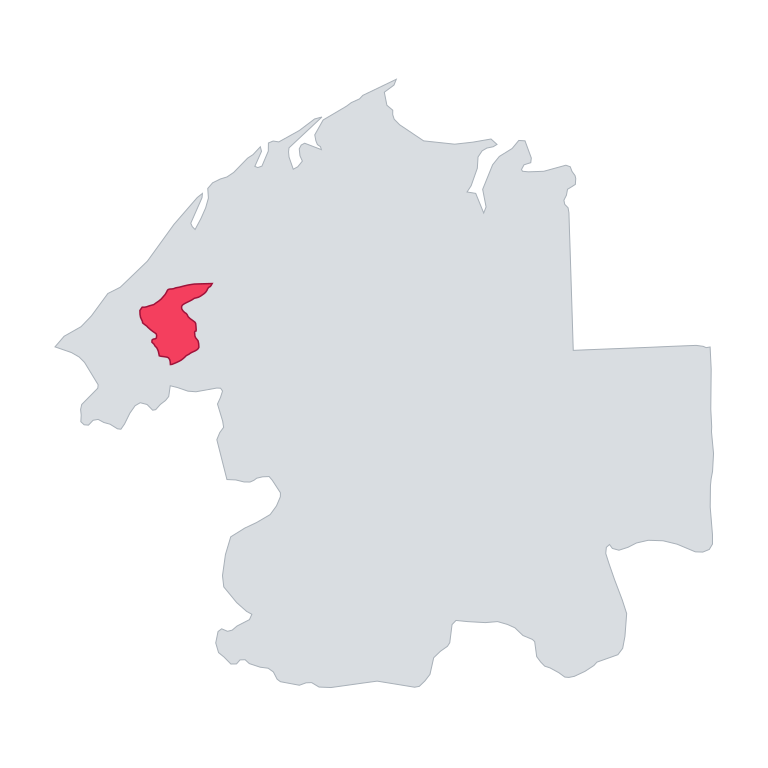 Mougoutsi, Nyanga, Gabon shown in context, rotated 88°
{"feature_id": "22940354B37590085186432", "entity_name": "Mougoutsi", "entity_type": "district", "adm_level": 2, "iso_a3": "GAB", "parent_name": "Gabon", "parent_adm1": "Nyanga", "projection": "mercator", "projection_center": [10.923, -2.753], "detail": "fine", "context": "in_parent", "style": "filled", "palette": "rose", "viewbox_px": 768, "rotation_deg": 88, "n_neighbors": 0, "source": "geoboundaries", "source_scale": "gbopen_adm2", "svg_char_len": 4898}
<svg xmlns="http://www.w3.org/2000/svg" viewBox="0 0 768 768"><g transform="rotate(88 384 384)"><path d="M563.1,71.3L562.6,78.7L554.3,96.7L550.4,110.6L549.4,125.4L551.7,137.3L555.7,145.8L558.3,155.0L556.3,161.5L552.3,164.2L555.0,167.5L561.1,168.3L571.4,165.4L587.3,160.5L608.2,153.4L621.9,149.5L644.5,152.0L656.5,154.7L662.7,159.7L669.4,180.9L672.7,184.1L678.2,193.2L682.8,204.0L683.7,209.5L683.2,213.5L678.6,219.4L673.5,228.0L671.6,233.2L667.3,237.1L661.8,240.9L646.7,242.4L644.4,244.7L640.2,253.9L632.2,261.7L628.6,269.0L625.4,278.8L626.0,291.0L624.4,308.5L622.8,320.3L626.8,324.4L644.8,327.3L648.3,329.7L653.1,337.0L659.3,343.9L675.8,348.2L682.2,353.5L687.4,359.3L688.1,364.0L684.3,383.0L680.7,401.2L682.1,415.1L683.5,428.4L685.5,447.7L684.6,459.5L679.9,466.7L679.9,472.3L682.1,479.1L677.9,497.9L675.3,501.1L667.9,504.6L664.0,509.7L662.7,517.6L658.7,528.4L654.7,532.4L654.7,537.5L658.6,541.2L658.5,546.8L651.2,553.5L646.7,558.7L636.9,561.2L625.6,558.5L623.0,554.8L625.7,549.0L624.7,544.3L620.8,539.4L614.8,526.7L609.5,524.1L606.5,529.2L597.4,538.8L581.2,551.2L569.9,552.1L548.9,548.4L531.4,542.5L523.1,528.1L518.0,516.2L510.5,502.3L502.1,495.7L493.1,491.5L489.1,491.3L476.3,499.0L472.5,502.0L472.5,508.5L473.7,514.5L475.7,517.4L477.3,521.3L477.0,527.3L474.7,535.4L474.0,544.3L433.8,553.0L426.8,549.8L421.7,545.8L415.6,546.5L398.2,551.1L391.8,547.9L385.4,545.6L382.5,547.5L382.2,551.3L385.2,572.2L384.3,580.2L380.3,590.6L378.3,597.7L389.0,599.6L392.8,602.9L396.6,608.2L401.7,613.1L402.1,616.1L396.2,621.5L394.2,628.3L397.0,633.5L404.3,639.0L414.9,644.7L420.0,648.5L419.5,651.9L414.6,659.2L412.7,665.3L409.4,670.9L410.1,676.0L414.8,680.8L414.3,685.1L411.1,688.3L404.5,687.7L398.9,688.1L393.9,686.8L378.2,670.2L374.8,669.7L352.0,682.5L346.4,687.7L341.7,695.2L335.4,711.5L325.1,702.0L316.1,684.7L305.8,674.1L283.9,656.8L278.1,644.2L253.0,616.2L217.1,588.3L191.1,564.1L187.2,558.8L191.5,559.4L216.6,571.5L220.1,570.1L223.0,567.4L212.1,561.1L201.8,556.1L192.1,553.0L182.4,553.3L176.9,548.2L173.4,540.4L171.6,533.7L167.3,526.8L153.5,512.4L150.2,506.9L142.6,499.3L147.2,498.3L162.0,505.5L163.3,502.6L162.0,498.4L147.2,491.5L139.1,491.1L137.3,486.3L138.4,480.7L127.7,459.8L116.7,444.1L115.0,436.7L144.7,470.7L148.7,471.3L153.9,471.0L166.2,467.2L163.9,462.6L158.4,457.8L153.0,460.0L146.0,460.5L142.3,458.4L140.6,454.9L147.6,438.4L144.6,439.2L142.4,442.2L138.5,443.6L132.6,444.5L118.0,435.6L105.0,411.7L101.6,406.8L98.2,398.5L94.8,395.1L79.9,361.1L85.6,363.6L92.4,373.5L105.5,371.4L110.7,365.7L115.1,365.9L119.7,364.6L125.5,359.3L142.4,335.9L146.8,305.0L145.4,286.7L142.9,268.5L148.5,262.7L150.7,266.6L151.8,273.0L154.4,277.8L160.4,282.1L171.6,283.2L188.9,290.0L195.0,294.3L196.7,285.7L216.6,278.4L210.6,275.8L192.9,278.6L168.7,267.8L160.6,260.8L153.1,247.7L145.3,240.8L145.9,234.6L163.3,228.9L167.9,229.6L169.8,236.4L174.4,239.1L176.2,238.2L177.0,232.4L177.0,216.9L171.7,194.6L173.4,190.3L178.1,188.7L182.4,185.8L185.3,185.2L191.2,185.8L194.2,190.9L195.8,193.8L201.7,195.1L206.6,197.8L210.8,197.1L214.3,193.9L219.4,193.2L235.3,193.3L249.6,193.3L278.2,193.4L306.8,193.5L335.5,193.6L357.0,193.7L356.9,180.9L356.8,161.2L356.7,138.0L356.6,115.7L356.4,95.1L356.3,70.7L357.5,63.7L358.9,60.8L358.4,56.8L380.5,56.5L420.6,58.3L438.1,58.0L443.1,58.4L465.0,57.1L482.7,58.7L490.3,60.4L497.0,61.3L518.3,62.3L546.0,61.0L555.4,61.3L560.7,64.7L563.1,71.3Z" fill="#d9dde1" stroke="#a8b0b8" stroke-width="1"/><path d="M302.0,625.4L305.9,625.4L308.8,625.0L311.3,624.0L312.8,623.3L314.5,623.1L316.1,621.3L317.9,619.0L319.0,618.1L321.6,615.4L323.5,613.1L324.9,611.2L325.8,610.0L327.6,609.5L330.1,609.9L330.8,610.9L331.1,613.1L332.0,614.3L334.1,614.5L336.3,612.4L338.1,611.5L339.8,609.9L341.3,609.2L343.1,608.5L345.6,608.0L348.0,607.6L348.5,606.0L349.0,602.9L349.6,599.9L350.3,598.5L352.2,597.3L354.2,596.9L357.1,596.8L357.0,595.3L355.9,592.2L355.1,590.2L354.1,587.9L353.0,585.8L351.5,583.7L349.9,581.8L348.8,580.7L348.2,579.5L347.4,577.8L346.7,576.9L345.7,575.0L344.3,571.6L343.3,569.8L342.2,568.5L340.8,567.7L337.2,567.8L334.4,568.3L333.0,569.3L331.3,570.6L329.5,571.3L327.7,571.4L325.5,571.5L324.7,571.0L324.5,570.0L323.3,569.8L319.9,569.9L316.9,570.1L315.6,570.8L313.8,573.0L311.8,575.6L309.8,577.5L308.2,578.1L306.7,579.1L305.6,580.7L303.9,582.3L301.9,583.5L300.4,583.6L299.3,583.5L298.0,582.6L296.8,580.7L295.7,578.4L294.2,575.0L293.1,572.8L291.7,570.5L291.3,568.4L290.8,566.4L289.8,564.3L288.4,562.1L287.2,560.3L285.9,558.9L284.3,557.7L283.0,557.1L281.7,556.2L281.1,555.5L280.5,554.2L279.4,553.3L277.6,552.2L277.5,565.9L277.5,570.1L277.8,573.0L278.2,576.1L278.6,578.3L279.1,580.8L279.6,583.0L280.1,585.2L280.4,587.4L280.7,589.1L281.3,590.7L281.6,592.5L281.6,593.9L281.7,595.3L282.1,596.5L283.0,597.3L284.7,598.2L286.9,599.6L291.3,603.7L293.3,606.3L295.0,609.0L296.6,611.3L297.7,615.9L298.6,618.7L298.9,620.8L298.8,622.3L298.8,623.0L300.5,624.3L302.0,625.4Z" fill="#f43f5e" stroke="#9f1239" stroke-width="1.5"/></g></svg>